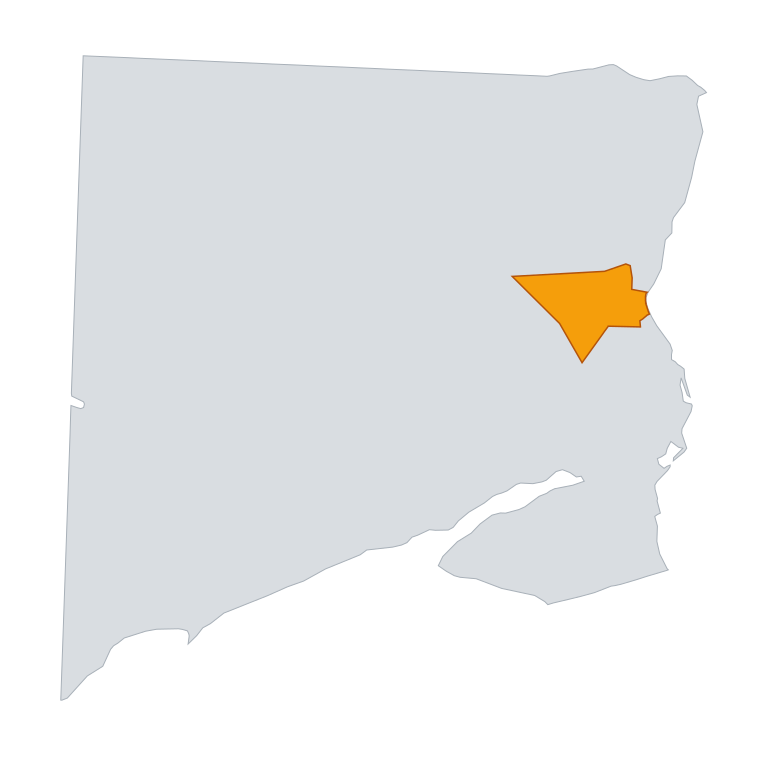 Al-Hammam, Matruh, Egypt shown in context, rotated 92°
{"feature_id": "37247803B30384422366927", "entity_name": "Al-Hammam", "entity_type": "district", "adm_level": 2, "iso_a3": "EGY", "parent_name": "Egypt", "parent_adm1": "Matruh", "projection": "natural_earth1", "projection_center": [29.325, 29.822], "detail": "fine", "context": "in_parent", "style": "filled", "palette": "amber", "viewbox_px": 768, "rotation_deg": 92, "n_neighbors": 0, "source": "geoboundaries", "source_scale": "gbopen_adm2", "svg_char_len": 3774}
<svg xmlns="http://www.w3.org/2000/svg" viewBox="0 0 768 768"><g transform="rotate(92 384 384)"><path d="M711.2,696.0L693.4,696.0L675.7,696.0L657.9,696.0L640.1,696.0L622.3,696.0L604.5,696.0L586.7,696.0L568.9,696.0L551.1,696.0L533.3,696.0L515.5,696.0L497.7,696.0L480.0,696.0L462.2,696.0L444.4,696.0L426.6,696.1L416.4,696.1L418.2,690.3L419.2,686.2L418.0,683.4L414.5,682.7L412.3,683.6L407.0,695.6L404.2,696.1L397.9,696.1L377.2,696.1L356.5,696.1L335.8,696.1L315.1,696.1L294.3,696.1L273.6,696.1L252.9,696.1L232.2,696.1L211.5,696.1L190.8,696.1L170.1,696.1L149.4,696.1L128.6,696.1L107.9,696.1L87.2,696.1L66.5,696.1L66.6,681.6L66.7,667.1L66.8,652.6L67.0,638.1L67.1,623.6L67.2,609.1L67.3,594.6L67.4,580.1L67.6,565.6L67.7,551.0L67.8,536.5L67.9,522.0L68.1,507.5L68.2,493.0L68.3,478.5L68.5,464.0L68.6,449.5L68.7,435.0L68.9,420.5L69.0,405.9L69.2,391.4L69.3,376.9L69.4,362.4L69.6,347.9L69.7,333.4L69.9,318.9L70.0,304.3L70.2,289.8L70.3,275.3L70.5,260.8L70.6,246.3L70.8,231.7L70.3,229.0L67.5,219.2L65.0,206.6L62.2,191.2L61.9,186.2L57.2,170.4L56.8,165.9L58.0,162.7L66.2,149.3L68.7,142.8L70.8,135.0L71.6,128.7L69.3,119.0L66.7,110.3L65.8,101.3L65.6,92.6L69.7,86.6L74.7,81.0L76.5,77.6L79.5,73.7L81.5,71.9L85.4,79.7L93.7,81.1L120.8,74.1L150.5,81.1L166.9,83.8L192.2,89.8L207.6,100.5L211.9,101.8L223.0,101.6L230.2,107.9L259.2,111.0L274.6,117.9L283.4,123.5L288.7,125.2L293.3,124.9L299.6,122.8L307.5,118.9L316.2,113.5L334.1,99.5L340.4,97.1L344.5,97.7L349.6,97.5L351.6,93.7L354.3,91.1L355.9,88.2L358.6,84.6L367.9,83.6L386.5,77.6L384.5,80.5L367.5,87.3L374.8,88.1L382.2,85.8L390.7,84.3L392.2,81.4L393.3,76.0L395.0,75.2L400.8,76.2L418.3,84.6L422.7,84.8L435.0,80.2L437.6,79.2L441.6,81.8L450.7,92.2L447.6,92.0L437.8,83.0L436.9,87.5L431.4,95.3L438.4,98.7L444.0,100.0L447.1,104.3L449.0,108.2L454.6,106.5L458.5,101.2L456.4,98.3L455.0,95.2L456.8,95.2L460.7,97.7L471.8,107.7L475.6,109.8L479.9,109.4L488.9,106.6L491.3,107.0L503.4,103.3L504.8,106.1L506.9,108.8L516.5,105.8L531.8,105.8L544.3,102.5L558.7,94.6L559.8,93.4L560.6,95.3L562.4,100.8L567.0,114.5L570.9,125.3L575.9,140.3L577.4,146.1L578.1,150.0L585.2,166.5L589.4,180.0L592.5,191.0L596.9,207.1L598.8,212.6L595.9,215.6L590.1,226.0L584.2,259.2L575.4,285.1L574.5,301.3L573.1,307.1L568.9,315.3L563.7,323.4L554.3,319.2L539.0,305.1L530.0,291.6L520.4,283.0L511.3,271.5L508.8,263.2L508.8,257.9L504.8,244.9L501.8,238.8L490.8,225.0L487.6,217.6L485.1,214.4L482.7,209.8L478.6,191.9L474.2,180.5L469.3,183.7L470.2,188.5L466.0,195.1L463.4,202.7L465.5,209.0L474.5,218.5L476.3,222.7L478.4,231.7L478.2,244.0L479.7,248.2L486.5,257.3L488.9,262.7L490.4,267.4L492.6,271.6L499.4,279.6L509.1,294.7L518.2,304.9L524.8,309.8L527.7,314.7L528.4,327.5L528.0,333.5L533.9,345.0L536.1,350.7L541.7,355.5L544.3,360.8L546.7,369.6L550.5,395.5L555.5,401.8L570.8,435.9L583.7,457.4L590.1,473.5L599.6,493.0L618.5,536.0L629.6,549.2L634.0,556.6L642.0,562.4L650.7,570.7L642.5,569.9L640.5,570.4L637.6,571.8L636.3,576.8L635.8,580.9L637.0,602.6L639.4,613.7L646.9,634.7L652.3,641.0L655.0,645.1L658.7,648.0L675.9,655.2L686.1,670.3L708.9,689.5L711.2,694.8L711.2,696.0Z" fill="#d9dde1" stroke="#a8b0b8" stroke-width="1"/><path d="M318.0,129.7L317.9,129.7L311.9,130.5L309.9,127.6L309.3,127.0L307.4,124.9L307.0,124.4L306.7,124.1L306.0,123.4L305.8,123.3L305.7,122.8L305.5,122.4L305.4,122.2L305.3,121.9L304.9,121.2L302.7,122.2L302.3,122.4L294.2,125.3L294.1,125.0L293.6,125.2L292.5,125.4L291.7,125.6L289.8,125.6L288.7,125.7L287.6,125.7L286.5,125.6L285.0,125.4L284.6,125.3L284.4,125.2L284.0,125.0L283.4,124.7L283.1,124.3L280.8,139.7L269.3,139.7L257.1,142.1L255.6,146.5L263.7,167.5L272.0,259.6L273.7,257.8L317.4,210.6L330.3,202.6L340.5,196.3L355.8,186.8L331.2,170.4L326.7,167.4L323.9,165.6L318.5,161.9L318.4,161.9L318.4,161.7L318.0,129.7L318.0,129.7Z" fill="#f59e0b" stroke="#b45309" stroke-width="1.5"/></g></svg>